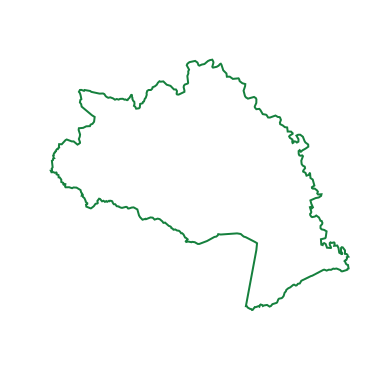 Saraya, Kédougou, Senegal, rotated 340°
{"feature_id": "50182788B8770711358016", "entity_name": "Saraya", "entity_type": "district", "adm_level": 2, "iso_a3": "SEN", "parent_name": "Senegal", "parent_adm1": "Kédougou", "projection": "robinson", "projection_center": [-11.845, 12.924], "detail": "fine", "context": "isolated", "style": "outline", "palette": "green", "viewbox_px": 384, "rotation_deg": 340, "n_neighbors": 0, "source": "geoboundaries", "source_scale": "gbopen_adm2", "svg_char_len": 5971}
<svg xmlns="http://www.w3.org/2000/svg" viewBox="0 0 384 384"><g transform="rotate(340 192 192)"><path d="M121.6,57.8L120.0,59.2L120.5,60.8L120.4,62.9L119.8,66.9L118.6,67.3L117.3,69.5L117.9,71.5L117.5,74.0L124.2,85.6L126.2,88.2L124.0,92.5L121.8,93.9L119.7,94.0L118.6,95.2L115.1,94.1L111.7,94.5L107.5,93.4L106.7,94.9L106.5,99.7L105.4,101.7L103.8,103.5L103.8,106.9L103.5,107.6L101.9,108.1L100.6,108.3L98.1,104.0L96.3,103.3L92.2,99.8L90.9,100.0L85.9,102.6L83.5,101.6L82.6,103.4L82.4,104.8L80.9,105.2L80.6,105.8L79.9,105.5L78.8,106.1L78.2,107.1L77.3,107.2L76.9,108.0L76.2,108.0L74.9,109.2L74.6,110.4L74.0,110.4L73.7,112.4L74.0,113.1L72.9,113.2L72.3,114.4L71.0,114.8L69.5,121.1L67.9,122.4L68.1,123.1L67.9,123.8L67.1,124.4L66.6,124.1L66.7,125.4L68.7,126.0L69.6,127.0L71.2,127.3L71.3,128.0L70.8,129.1L72.3,130.4L71.7,132.6L72.6,133.0L73.4,135.6L72.6,137.9L74.1,139.3L73.7,140.9L73.9,141.2L74.8,140.8L75.7,141.3L74.6,143.5L74.8,144.3L78.2,145.5L80.6,147.4L82.2,147.2L85.0,148.4L87.9,152.0L87.7,154.6L88.2,155.8L87.2,157.6L88.3,157.6L87.8,159.2L88.8,161.0L89.0,164.0L88.8,164.9L89.8,166.8L89.4,167.5L88.1,167.6L87.7,169.6L91.0,172.6L91.6,172.8L94.8,171.8L97.3,170.1L99.1,170.4L99.7,170.1L100.0,168.1L102.4,166.5L103.2,167.1L104.3,170.0L105.9,170.0L106.8,171.5L108.3,171.2L108.9,172.2L110.9,171.9L111.2,172.4L112.1,172.2L113.5,173.0L113.9,173.6L113.8,174.7L114.3,176.7L115.7,177.3L116.4,179.6L118.2,180.5L118.4,181.1L120.1,182.6L120.9,183.0L125.0,183.4L126.0,184.3L126.1,185.4L126.9,185.9L130.1,186.0L131.9,186.5L134.7,189.7L134.2,195.9L134.6,198.0L136.0,201.1L139.2,201.3L139.4,201.8L144.3,201.7L146.3,202.7L147.4,205.1L150.7,205.3L152.4,206.5L154.2,209.7L154.4,210.9L154.9,211.4L156.2,211.5L158.6,215.9L160.0,217.1L160.5,218.4L160.3,218.8L161.4,220.1L161.7,221.1L163.5,221.5L164.8,223.1L166.4,223.9L167.2,225.2L167.7,227.1L168.6,227.3L169.5,229.0L169.9,232.4L170.6,233.0L171.7,234.9L169.3,236.2L169.5,237.0L171.4,237.2L174.3,239.0L175.1,238.9L177.4,240.1L179.7,242.8L181.1,243.3L189.4,243.2L197.7,241.9L199.6,242.2L201.5,241.5L202.2,240.6L204.5,241.8L220.2,246.3L223.4,248.1L225.3,251.5L227.2,253.0L234.2,260.6L235.6,262.4L232.6,268.6L203.6,317.7L204.4,318.0L204.8,319.6L206.4,321.5L207.6,322.3L208.0,323.4L208.7,323.5L211.7,321.6L212.4,322.0L215.5,322.0L216.1,322.8L217.2,321.5L218.0,321.2L219.4,322.3L219.6,323.4L220.7,323.2L223.9,323.8L225.7,326.2L227.2,326.1L229.2,324.9L233.2,325.1L234.2,324.9L236.4,322.4L237.3,322.0L239.9,322.4L240.9,322.1L242.6,321.0L244.6,318.3L246.2,317.5L247.1,316.3L249.5,315.4L251.7,315.2L255.4,313.9L256.3,314.0L257.5,315.4L258.4,315.5L260.1,314.5L262.0,314.8L264.4,312.8L275.0,311.7L276.3,311.8L288.8,310.1L289.7,310.2L291.7,311.9L294.0,311.8L296.1,312.7L298.5,312.3L299.4,312.9L301.7,313.4L304.6,316.0L305.3,317.6L306.3,318.0L310.8,318.2L311.5,318.1L311.9,317.4L313.0,317.4L313.6,313.9L312.6,313.1L312.1,312.0L312.1,310.2L311.7,309.1L313.2,308.4L313.8,308.6L314.9,307.5L315.2,306.2L316.8,306.3L316.4,305.2L316.6,304.3L316.1,303.2L314.6,302.4L315.8,299.2L314.7,295.6L313.8,295.1L312.9,295.6L311.7,298.8L312.3,300.9L311.8,301.6L311.3,301.5L309.6,299.4L310.5,294.8L310.2,292.0L307.2,291.2L308.3,289.5L308.5,288.4L308.2,287.9L305.9,287.7L304.9,286.7L304.0,287.1L303.4,288.7L303.7,291.6L303.3,292.1L299.8,290.5L299.8,286.6L298.7,285.2L297.6,285.4L296.6,286.6L295.5,285.7L297.0,280.5L301.2,281.0L302.0,280.6L305.0,275.0L303.2,272.8L301.0,271.4L300.4,269.9L301.2,267.8L303.3,266.7L304.0,265.6L303.9,263.5L302.9,263.0L302.6,259.4L300.7,256.6L299.0,257.1L296.3,256.7L295.6,255.8L295.2,254.0L295.5,253.0L296.8,252.3L297.3,251.5L297.6,246.6L298.4,246.6L299.1,248.3L300.4,247.8L300.1,243.8L300.4,240.4L306.1,240.0L309.2,240.5L312.0,239.8L312.9,238.4L309.7,237.5L309.2,236.2L310.4,234.8L310.0,233.2L308.4,230.7L306.9,230.3L306.1,229.4L306.3,228.5L309.2,227.8L309.7,221.6L308.1,219.4L309.3,214.9L309.1,214.6L308.6,214.8L307.6,215.9L305.2,215.8L305.2,212.8L303.4,210.8L303.9,209.9L306.4,208.3L306.6,206.7L305.1,205.1L304.6,203.2L305.4,200.0L308.5,196.3L308.1,195.3L306.3,195.0L305.4,194.3L305.3,192.7L306.2,190.0L307.5,189.5L308.1,191.4L310.1,190.6L313.4,190.1L316.8,189.2L317.4,187.1L315.5,184.2L315.2,182.6L315.1,178.0L313.3,175.2L311.4,174.5L309.4,174.7L310.1,178.8L309.2,181.1L307.5,181.4L306.7,180.1L305.1,179.2L304.2,180.3L303.3,180.4L303.3,179.3L304.3,177.0L302.5,174.6L302.3,173.0L303.2,172.4L306.4,171.8L306.7,171.2L305.7,169.1L302.6,167.9L303.5,163.9L301.4,162.8L300.0,160.4L298.1,158.5L298.3,156.9L300.2,154.7L300.2,152.1L299.9,151.6L298.3,150.8L296.6,148.7L290.7,148.7L289.0,148.0L288.4,145.3L287.9,144.6L285.1,143.0L284.3,138.4L283.7,136.9L280.8,136.2L280.0,134.1L280.2,133.1L282.9,130.3L284.2,126.9L284.1,125.6L282.8,123.9L276.5,123.4L275.0,121.5L274.6,119.9L275.1,114.5L278.1,110.7L279.0,108.8L276.5,107.0L275.0,104.6L274.7,103.9L274.9,102.3L274.6,101.1L269.1,99.7L266.9,96.5L264.2,95.6L264.9,92.4L263.0,88.4L263.2,82.5L262.9,81.3L262.0,81.4L260.2,82.4L258.0,82.8L254.3,82.3L253.9,81.3L256.4,77.8L256.6,76.6L256.3,74.6L254.0,74.2L251.7,74.4L247.5,76.0L244.7,75.6L242.2,75.8L241.5,75.1L241.4,72.2L239.8,69.9L234.0,69.1L231.6,69.9L230.4,71.1L231.1,76.0L229.7,77.4L229.1,79.4L227.3,81.4L225.7,88.1L225.1,88.6L222.0,88.6L220.8,89.3L220.0,90.6L219.6,94.1L219.1,95.3L212.8,95.9L211.4,95.3L211.1,94.5L212.4,92.0L212.0,90.2L210.1,89.4L208.1,84.9L204.9,82.5L202.9,78.3L200.2,77.6L199.3,76.8L197.3,77.7L195.5,79.2L193.2,80.0L190.8,80.1L190.0,81.3L188.2,82.1L186.1,81.3L184.5,81.7L183.1,83.6L182.7,85.2L180.7,87.7L179.6,88.2L177.8,90.5L176.8,90.6L175.9,91.7L173.4,91.5L171.8,94.8L170.7,95.2L168.0,94.6L167.8,92.4L166.9,91.2L168.1,89.6L168.6,87.5L167.9,86.0L167.8,84.1L168.2,83.4L168.2,81.6L168.7,80.5L168.5,80.1L168.0,80.0L165.4,82.2L163.9,82.7L163.3,83.4L162.4,83.5L161.0,82.2L160.1,82.1L158.8,80.7L156.2,79.9L154.7,80.1L153.1,78.9L151.2,78.9L149.8,77.0L147.6,75.1L145.5,74.8L144.4,73.6L143.7,72.5L143.1,70.0L142.1,69.0L138.7,67.9L131.7,63.5L130.8,62.2L125.9,59.4L125.1,60.0L122.9,58.2L121.6,57.8Z" fill="none" stroke="#15803d" stroke-width="2"/></g></svg>